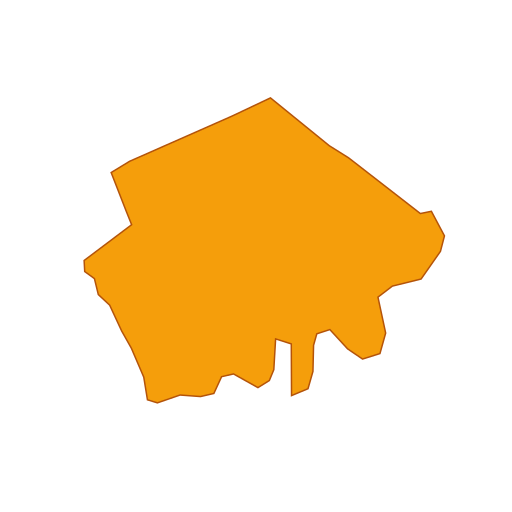 Carlos Gomes, Rio Grande do Sul, Brazil (Robinson projection), rotated 56°
{"feature_id": "56859067B78696216867295", "entity_name": "Carlos Gomes", "entity_type": "district", "adm_level": 2, "iso_a3": "BRA", "parent_name": "Brazil", "parent_adm1": "Rio Grande do Sul", "projection": "robinson", "projection_center": [-51.914, -27.704], "detail": "fine", "context": "isolated", "style": "filled", "palette": "amber", "viewbox_px": 512, "rotation_deg": 56, "n_neighbors": 0, "source": "geoboundaries", "source_scale": "gbopen_adm2", "svg_char_len": 718}
<svg xmlns="http://www.w3.org/2000/svg" viewBox="0 0 512 512"><g transform="rotate(56 256 256)"><path d="M344.7,88.5L317.0,85.6L312.7,96.0L226.5,124.3L205.5,133.6L133.0,155.6L126.6,197.6L106.8,307.8L105.8,329.4L146.1,338.5L160.5,341.6L163.6,401.0L173.1,406.7L184.4,402.6L199.8,408.3L214.9,404.8L243.0,409.3L262.8,410.9L293.7,416.8L314.5,426.4L322.6,419.9L328.8,396.7L341.5,380.6L346.4,367.8L336.8,352.0L341.2,340.6L366.2,328.0L366.7,314.6L360.2,304.8L335.7,286.1L348.6,275.9L391.6,304.6L395.1,287.1L383.5,273.3L362.2,258.2L354.5,249.1L358.3,235.9L384.2,232.0L401.0,225.3L406.2,207.8L392.4,191.6L358.3,177.9L357.2,159.8L367.4,132.0L355.3,100.5L344.7,88.5Z" fill="#f59e0b" stroke="#b45309" stroke-width="1.5"/></g></svg>